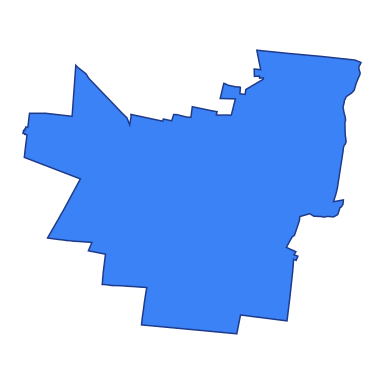 outline of Opichén, Yucatán, Mexico
{"feature_id": "50627088B93641399425538", "entity_name": "Opichén", "entity_type": "district", "adm_level": 2, "iso_a3": "MEX", "parent_name": "Mexico", "parent_adm1": "Yucatán", "projection": "mercator", "projection_center": [-89.848, 20.55], "detail": "fine", "context": "isolated", "style": "filled", "palette": "blue", "viewbox_px": 384, "rotation_deg": 0, "n_neighbors": 0, "source": "geoboundaries", "source_scale": "gbopen_adm2", "svg_char_len": 2200}
<svg xmlns="http://www.w3.org/2000/svg" viewBox="0 0 384 384"><path d="M287.1,53.3L256.8,50.2L260.7,69.7L254.2,69.0L254.4,76.4L259.5,76.2L259.5,78.1L263.4,77.9L263.1,79.3L245.8,89.5L245.2,94.4L239.9,93.8L240.4,87.3L239.7,87.0L236.1,86.9L227.6,85.1L225.4,83.8L223.8,83.4L220.2,98.5L235.4,98.9L231.3,115.1L228.2,115.2L227.5,115.0L224.1,115.1L216.3,115.1L217.1,111.7L211.9,110.8L192.3,106.7L190.9,117.3L186.7,117.1L176.8,114.6L173.7,114.5L171.7,120.8L163.3,119.0L162.7,121.2L130.9,114.4L130.8,114.8L131.2,115.7L129.7,124.8L126.9,117.8L122.3,113.3L122.0,113.1L117.9,108.7L88.8,78.4L86.0,73.8L77.7,67.3L75.8,65.3L72.1,116.3L45.8,113.3L29.5,113.3L28.2,124.4L27.8,127.4L25.8,127.0L25.5,128.7L25.0,128.7L24.8,130.5L23.6,130.3L23.2,132.2L23.4,132.3L23.0,133.4L24.8,133.6L24.8,134.4L25.6,134.4L27.0,134.9L26.4,139.8L26.0,143.0L25.9,143.3L25.7,145.1L24.3,157.4L75.9,177.2L80.4,178.9L62.7,211.6L61.0,214.3L59.1,217.9L47.5,238.0L58.5,239.5L63.4,240.0L67.1,240.6L70.3,240.7L73.3,241.2L77.6,241.4L91.9,242.4L88.4,250.8L105.5,254.2L103.6,269.4L103.3,271.9L103.1,273.8L103.1,274.2L102.9,276.5L102.6,279.5L102.5,281.8L102.2,284.5L103.9,284.5L107.2,284.8L112.4,285.6L116.8,285.6L119.5,285.7L122.4,285.8L128.0,286.3L134.0,286.6L140.6,287.1L146.8,287.5L146.0,292.0L145.3,296.4L144.4,302.2L143.7,307.7L143.4,309.9L142.3,317.6L141.5,324.9L236.8,333.8L240.5,315.0L287.0,320.9L290.0,296.5L290.0,296.4L292.7,271.2L293.1,266.6L293.6,259.3L296.1,260.4L297.9,256.2L294.0,254.8L295.9,251.7L288.5,248.4L286.4,247.3L290.1,240.5L292.1,237.0L294.5,235.2L299.5,220.3L299.7,216.6L309.8,213.7L313.8,216.2L320.0,216.5L321.8,216.6L323.8,217.1L327.5,216.4L333.6,216.9L337.7,214.6L340.1,207.5L341.3,207.0L343.0,204.3L343.4,199.9L333.5,201.7L335.8,194.4L337.3,188.5L340.9,165.1L343.1,151.0L343.3,148.3L343.7,146.6L344.2,145.4L344.8,144.5L345.4,143.9L346.1,141.6L345.8,139.0L345.2,134.4L344.9,122.4L345.5,120.7L345.5,119.3L345.2,117.0L344.7,115.3L343.8,111.7L343.5,109.5L343.0,107.0L344.1,103.0L344.3,101.0L346.3,96.6L351.5,93.1L354.1,90.4L356.1,83.6L356.2,83.2L357.8,79.3L359.9,74.6L360.1,72.6L359.8,71.9L358.7,67.8L359.3,65.7L359.8,65.2L361.0,62.5L355.2,60.1L321.2,56.4L287.1,53.3Z" fill="#3b82f6" stroke="#1e3a8a" stroke-width="1.5"/></svg>